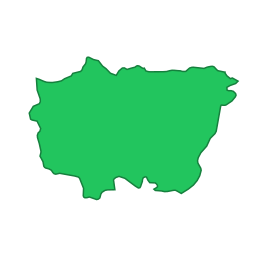 the border of Lääne-Viru, rotated 101°
{"feature_id": "EST-1658", "entity_name": "Lääne-Viru", "entity_type": "County", "adm_level": 1, "iso_a3": "EST", "parent_name": "Estonia", "parent_adm1": "", "projection": "orthographic", "projection_center": [26.348, 59.26], "detail": "fine", "context": "isolated", "style": "filled", "palette": "green", "viewbox_px": 256, "rotation_deg": 101, "n_neighbors": 0, "source": "natural_earth", "source_scale": "10m", "svg_char_len": 2216}
<svg xmlns="http://www.w3.org/2000/svg" viewBox="0 0 256 256"><g transform="rotate(101 128 128)"><path d="M54.6,43.4L55.6,43.2L57.9,40.9L60.0,37.0L59.0,35.1L61.0,28.9L63.8,30.8L66.8,35.9L69.2,38.7L71.9,38.0L72.2,36.3L71.7,33.9L71.9,31.6L73.6,29.0L75.2,28.2L77.0,28.6L81.6,31.1L86.7,36.2L87.2,37.3L87.5,38.8L87.7,40.8L88.9,41.2L114.4,40.8L117.0,41.6L122.5,45.3L130.8,47.3L138.4,51.8L143.8,53.4L146.8,53.5L149.1,52.7L153.6,48.9L155.6,48.1L161.2,48.5L166.4,50.1L171.5,52.9L176.4,57.1L182.1,63.2L181.9,63.7L180.7,67.3L180.1,69.3L180.2,70.4L180.7,72.0L182.8,77.2L183.5,80.1L183.4,83.1L184.1,89.3L183.1,90.9L181.1,88.6L180.1,87.9L179.2,88.0L178.1,88.6L177.3,89.7L176.7,90.8L177.5,96.2L175.3,98.6L172.9,100.3L172.6,101.1L172.7,101.9L173.8,103.4L174.9,103.8L176.4,103.9L177.6,103.7L183.2,104.5L184.4,105.0L184.9,106.4L183.6,109.8L178.0,121.4L177.2,127.6L179.0,130.6L180.8,132.0L181.8,132.3L191.1,129.1L192.6,136.1L193.5,138.5L196.0,141.2L197.9,142.0L202.0,142.3L203.5,143.6L204.2,145.1L203.1,152.8L204.1,154.7L204.4,155.6L204.7,157.0L204.2,158.3L203.0,159.0L195.7,160.1L186.6,165.9L185.6,167.3L185.3,171.3L185.5,186.4L187.1,190.1L187.0,191.8L186.1,193.2L184.1,195.2L183.3,197.5L183.1,199.4L183.0,201.2L182.5,202.4L181.5,203.4L177.3,205.0L172.4,209.0L168.8,208.8L167.4,209.0L160.2,212.1L154.7,215.0L152.5,215.6L149.8,215.2L148.2,213.9L145.2,213.6L138.6,218.6L138.5,222.9L138.4,224.0L137.9,225.3L132.2,227.8L124.8,225.1L121.1,219.7L119.0,219.1L116.2,219.7L108.1,224.4L96.8,227.4L97.2,224.4L98.0,220.8L98.4,218.6L98.6,216.6L98.3,214.1L97.8,211.0L96.1,206.0L94.4,202.3L91.7,199.6L87.7,193.6L84.9,192.6L81.5,185.3L79.7,184.2L76.7,183.8L73.2,182.0L71.3,181.7L67.6,182.0L66.4,181.5L66.0,180.0L67.4,174.9L67.6,169.9L72.1,164.8L73.9,161.0L77.6,155.7L78.6,149.6L73.7,147.8L70.2,145.0L69.7,143.0L70.7,140.1L69.0,137.0L66.9,132.6L66.0,131.9L65.3,131.1L65.0,130.3L65.1,128.6L66.0,126.5L66.7,124.5L66.1,123.5L68.6,121.3L68.8,118.9L68.7,117.4L66.0,104.0L65.2,100.9L63.8,98.0L62.9,95.7L62.5,93.0L62.3,90.8L61.9,87.5L62.1,85.6L61.8,83.7L61.4,82.1L57.4,79.0L56.3,77.0L55.9,75.5L55.0,64.7L53.4,62.3L52.8,61.1L51.6,58.1L51.3,56.6L51.6,55.1L53.9,52.0L54.6,50.7L54.7,44.4L54.6,43.4Z" fill="#22c55e" stroke="#15803d" stroke-width="1.5"/></g></svg>